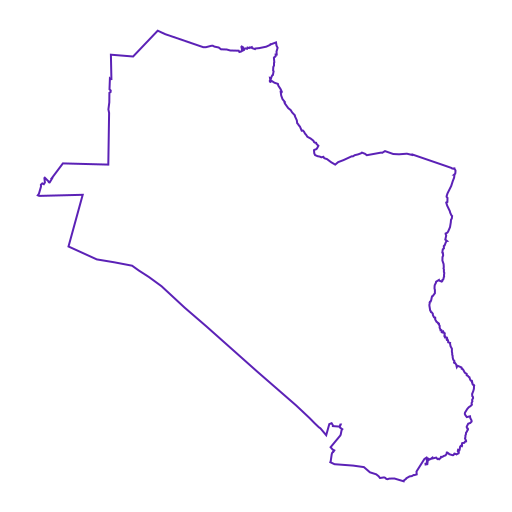 Villa García, Zacatecas, Mexico
{"feature_id": "50627088B46561394419129", "entity_name": "Villa García", "entity_type": "district", "adm_level": 2, "iso_a3": "MEX", "parent_name": "Mexico", "parent_adm1": "Zacatecas", "projection": "equal_earth", "projection_center": [-101.841, 22.125], "detail": "fine", "context": "isolated", "style": "outline", "palette": "violet", "viewbox_px": 512, "rotation_deg": 0, "n_neighbors": 0, "source": "geoboundaries", "source_scale": "gbopen_adm2", "svg_char_len": 6021}
<svg xmlns="http://www.w3.org/2000/svg" viewBox="0 0 512 512"><path d="M330.3,462.2L334.5,464.2L353.2,465.6L363.9,467.1L369.9,472.3L376.2,474.3L378.6,476.2L380.0,478.0L384.0,477.4L385.2,477.8L386.3,478.9L387.5,479.2L389.3,478.6L394.4,478.5L403.7,481.3L403.9,480.5L406.0,478.9L406.3,478.3L409.6,476.4L411.8,476.1L413.7,475.0L414.4,475.1L416.7,474.4L416.5,471.5L424.4,459.0L426.4,457.7L426.7,459.3L427.1,459.4L426.9,460.2L427.6,460.7L427.6,461.3L426.9,461.7L426.8,463.4L425.5,463.7L425.6,464.5L427.3,464.2L427.8,460.5L429.1,459.7L428.8,458.9L429.8,459.4L431.6,458.5L431.6,458.2L432.3,457.7L432.4,458.5L436.2,457.6L437.5,459.1L438.4,458.8L439.1,459.3L440.7,457.9L441.0,456.9L442.4,456.9L443.7,456.0L445.5,455.4L446.6,453.9L446.8,452.5L447.3,452.5L448.9,453.7L449.2,454.2L452.7,455.2L453.4,455.1L454.4,453.6L454.7,453.6L454.9,454.0L456.5,454.1L456.6,454.3L458.6,453.3L458.8,452.5L457.8,451.2L457.9,450.4L458.1,449.7L458.5,449.8L459.0,450.9L459.3,450.6L459.7,449.4L460.1,446.7L460.8,445.8L461.1,445.7L461.9,446.2L462.1,445.8L461.9,444.1L462.2,443.1L464.3,442.8L465.0,441.7L466.1,441.4L466.1,440.8L465.0,438.4L465.4,437.1L465.4,435.5L465.9,434.4L466.0,432.8L467.0,431.4L467.4,430.1L467.9,429.8L468.0,429.1L467.8,428.5L467.2,428.2L466.8,427.5L466.7,426.7L468.2,423.7L470.2,423.0L471.6,421.6L471.6,421.1L471.5,420.4L470.3,418.1L470.0,416.3L466.8,417.1L465.4,415.2L464.8,413.9L465.0,412.6L467.3,408.9L468.8,407.2L470.5,406.1L471.9,404.7L471.6,403.7L471.7,402.7L472.4,401.3L472.1,400.0L473.1,398.0L472.9,396.8L472.3,396.2L472.1,394.0L473.3,391.0L473.9,388.8L474.0,386.0L474.2,385.5L473.7,384.8L472.9,384.7L472.5,384.0L472.4,382.9L472.0,382.6L472.1,381.4L471.9,380.8L470.8,380.6L470.1,379.4L469.4,377.2L468.9,377.1L467.8,375.8L466.7,375.3L466.7,373.9L464.8,372.7L463.3,369.9L462.2,368.6L461.7,368.7L461.4,367.4L457.9,365.9L457.2,366.4L456.8,367.1L456.4,365.7L456.5,365.1L455.6,363.7L455.0,362.9L454.4,363.0L454.0,362.6L454.4,361.1L453.2,359.6L452.7,357.6L452.6,355.6L452.2,354.8L452.2,353.1L451.9,351.9L451.9,348.7L450.6,346.4L450.0,343.5L450.1,342.9L448.2,342.3L448.1,340.7L447.9,340.1L446.9,340.0L446.7,339.6L447.2,338.4L447.1,338.1L446.7,338.2L446.6,337.5L445.6,337.3L445.1,337.5L444.5,336.4L444.9,335.9L444.4,335.2L444.8,333.8L444.6,333.1L443.9,332.9L443.3,331.6L442.4,332.5L441.7,332.2L441.8,331.0L441.6,330.3L441.2,330.0L440.5,330.2L440.1,328.6L439.6,327.7L439.7,325.9L439.0,324.6L439.0,323.7L438.5,323.2L438.1,323.4L437.3,322.2L436.6,321.9L435.2,319.5L435.1,318.8L435.3,318.3L435.2,317.6L434.0,317.3L432.9,315.1L432.8,313.7L431.8,312.4L431.0,312.1L430.8,311.2L430.2,310.6L429.4,305.7L429.4,304.6L429.7,303.6L429.6,302.6L430.0,301.7L430.6,301.6L431.2,300.1L431.9,296.8L432.2,296.2L432.7,296.1L434.9,293.2L434.9,289.9L434.5,288.5L434.6,285.9L434.8,285.0L435.9,282.8L436.1,281.7L438.9,280.0L439.0,280.5L441.7,281.6L442.3,281.0L442.4,280.0L443.0,279.7L443.4,279.1L443.8,277.1L444.1,276.7L444.0,275.1L444.3,272.9L443.9,272.0L443.9,269.3L443.5,268.4L443.8,267.2L443.6,264.1L442.4,260.5L442.5,257.0L443.1,255.7L443.1,254.6L442.9,253.9L443.0,253.1L442.3,252.6L442.6,250.5L442.8,249.3L443.9,248.4L443.8,246.1L444.0,245.7L444.6,245.5L445.8,242.3L446.5,241.1L447.0,241.0L445.3,239.6L446.2,235.6L445.6,233.9L445.6,233.5L447.3,232.7L448.1,231.6L450.0,227.2L450.8,222.4L451.0,219.8L451.8,218.5L452.1,216.0L451.4,215.3L450.2,212.7L449.8,211.1L447.2,205.7L446.2,202.6L446.4,202.3L447.3,202.1L447.4,201.5L447.5,197.9L446.6,196.8L446.6,196.2L447.5,193.4L451.2,186.0L452.8,181.0L454.1,177.7L454.5,174.6L454.2,174.6L455.2,173.7L455.4,172.5L455.5,170.6L455.2,169.9L454.7,169.1L454.3,169.0L454.3,168.4L452.3,168.6L451.3,167.9L445.6,165.9L412.4,154.5L412.3,155.0L406.9,153.7L399.0,154.3L393.2,154.0L385.0,151.1L382.2,152.8L381.1,152.6L366.8,155.2L365.0,153.8L361.9,152.6L361.0,153.3L358.0,154.4L354.7,155.2L353.0,156.3L351.7,156.3L343.5,160.1L338.2,162.1L335.2,164.6L331.1,162.2L327.0,159.1L324.8,158.4L323.8,157.7L323.4,156.8L321.3,157.3L319.8,156.6L317.6,156.2L315.1,155.1L314.3,153.5L314.0,150.4L314.2,149.9L316.0,149.3L316.9,148.6L318.4,145.8L316.5,143.9L316.1,142.8L314.8,142.6L314.0,142.0L313.4,140.7L310.6,138.5L307.4,136.8L306.1,134.8L305.0,133.6L304.0,131.7L302.8,130.5L301.7,130.7L299.9,126.5L298.7,125.3L298.5,124.6L297.2,123.2L296.8,120.3L294.9,116.2L294.9,115.4L292.1,112.4L290.7,110.1L288.2,108.1L284.9,103.5L284.5,102.6L284.9,102.1L282.5,99.1L281.2,95.5L280.7,91.9L281.7,92.1L281.8,91.8L280.7,89.3L278.3,85.6L277.9,83.9L274.4,82.7L271.8,81.0L270.4,81.9L269.9,81.6L269.8,80.7L270.3,79.9L270.0,78.0L270.9,78.4L270.7,78.9L270.6,78.7L270.7,79.5L271.5,76.8L272.3,75.3L272.9,75.0L273.6,71.3L273.1,70.5L273.3,67.0L274.0,65.5L274.0,62.8L274.3,62.3L273.9,57.8L274.4,57.1L275.1,56.8L275.7,56.0L275.6,54.5L276.7,54.5L276.5,51.6L277.6,47.8L276.5,45.6L276.0,42.4L271.0,44.3L270.5,44.2L270.1,44.9L266.2,46.7L259.3,48.1L255.4,48.5L255.0,49.1L252.1,48.1L251.8,47.1L249.8,47.9L249.6,47.5L248.5,48.0L247.5,47.6L247.0,48.8L245.4,48.4L244.4,48.6L244.1,49.9L243.6,50.2L242.5,49.3L243.0,47.3L241.7,46.5L241.4,46.9L242.1,49.7L241.8,50.2L242.1,50.9L241.0,51.6L239.4,52.0L238.7,50.7L230.3,50.5L226.7,49.5L221.0,49.3L218.7,47.5L214.4,46.6L212.7,45.7L211.3,45.8L205.9,47.2L203.3,47.2L165.3,34.2L157.7,30.7L133.1,56.5L110.9,54.7L111.4,79.1L110.5,79.2L109.9,78.6L109.5,89.3L110.7,90.5L110.6,92.0L109.4,92.8L109.3,102.4L108.4,109.4L109.1,112.9L108.3,164.6L62.9,163.4L51.7,178.3L52.1,178.4L49.7,182.4L49.3,182.5L48.9,182.2L49.0,181.9L44.8,177.7L44.4,178.1L44.9,182.5L43.8,184.2L42.3,183.4L40.9,184.7L41.0,186.6L38.9,193.8L37.8,195.3L39.2,195.9L82.7,194.8L68.5,246.5L96.8,259.4L114.3,262.3L132.1,265.7L138.8,270.5L148.9,277.0L161.5,286.2L184.7,307.7L206.4,326.4L256.9,371.3L296.1,405.4L309.7,418.2L314.7,423.3L318.9,427.3L320.4,428.3L326.2,435.2L329.3,424.1L331.6,423.2L333.1,425.7L333.0,426.1L339.6,426.6L340.4,424.5L340.7,424.5L339.7,426.9L339.9,427.5L342.3,429.2L341.6,430.1L340.7,434.6L340.3,435.5L330.6,447.2L332.6,449.5L334.3,450.4L333.3,451.9L333.0,451.8L332.1,453.0L331.7,454.4L330.7,461.2L330.3,462.2Z" fill="none" stroke="#5b21b6" stroke-width="2"/></svg>